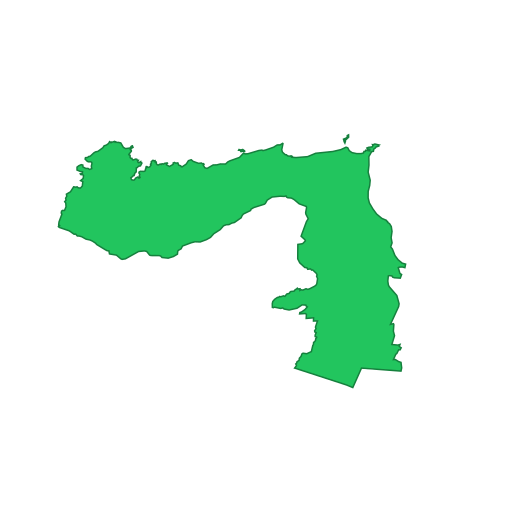 outline of Ninh Hai, Ninh Thuận, Vietnam, rotated 242°
{"feature_id": "81297802B76244887601508", "entity_name": "Ninh Hai", "entity_type": "district", "adm_level": 2, "iso_a3": "VNM", "parent_name": "Vietnam", "parent_adm1": "Ninh Thuận", "projection": "natural_earth1", "projection_center": [109.148, 11.675], "detail": "fine", "context": "isolated", "style": "filled", "palette": "green", "viewbox_px": 512, "rotation_deg": 242, "n_neighbors": 0, "source": "geoboundaries", "source_scale": "gbopen_adm2", "svg_char_len": 6159}
<svg xmlns="http://www.w3.org/2000/svg" viewBox="0 0 512 512"><g transform="rotate(242 256 256)"><path d="M94.4,279.7L107.5,296.5L86.3,330.0L88.8,332.1L94.0,334.1L95.9,332.3L99.2,330.4L100.0,328.7L103.6,333.3L103.8,334.6L106.2,337.9L105.5,339.2L106.8,341.1L108.9,340.0L110.3,341.6L110.7,339.5L114.1,334.4L120.6,340.9L125.1,342.0L130.7,345.5L131.7,345.6L132.5,342.6L144.4,358.2L146.6,359.9L155.0,361.8L166.4,359.2L168.3,359.3L172.0,360.6L176.3,363.5L176.1,364.4L174.7,366.6L173.0,366.8L171.8,368.0L168.7,373.0L171.3,375.9L173.0,374.9L178.9,376.1L178.9,377.3L177.6,380.0L175.8,382.0L178.6,384.3L181.1,381.7L186.0,379.7L191.2,378.9L198.1,379.7L200.8,379.2L203.7,382.3L208.7,383.9L213.8,387.6L218.5,389.3L221.8,389.1L223.9,388.0L224.7,388.4L225.7,387.7L226.4,387.8L230.1,384.8L236.4,382.2L242.7,381.3L249.6,381.0L254.7,382.3L260.4,385.4L264.9,389.5L269.3,392.4L277.4,394.4L283.2,398.4L290.8,402.3L293.8,407.0L293.3,408.8L295.1,410.2L295.3,412.1L295.9,413.1L295.4,416.0L296.3,416.2L296.3,416.7L298.8,413.9L299.3,413.0L299.0,412.1L299.6,411.2L298.8,411.2L297.8,409.8L299.1,406.5L299.3,404.6L298.1,404.6L296.7,406.6L295.4,405.8L297.9,402.5L297.1,401.7L297.6,400.4L296.5,399.2L297.1,396.8L299.2,392.9L302.2,389.3L305.2,387.8L308.5,387.8L309.8,386.6L310.1,380.8L312.2,372.9L318.7,356.9L319.5,348.2L324.1,337.6L326.4,333.9L327.3,333.7L327.3,334.5L327.9,334.1L328.5,332.3L329.6,330.9L331.1,330.4L331.7,329.4L335.2,328.1L337.7,328.6L342.6,332.6L343.0,332.4L342.8,329.4L344.1,326.9L343.8,322.6L345.1,314.2L345.8,311.6L346.7,311.0L347.8,308.1L350.1,296.8L351.2,294.4L352.7,293.4L350.8,287.7L352.3,277.5L352.3,275.2L351.5,272.3L354.0,267.7L354.9,264.1L356.5,260.9L356.3,253.9L358.0,252.2L361.0,252.1L361.4,253.2L362.2,253.0L362.8,251.8L363.7,251.5L364.8,248.8L369.1,244.9L371.4,244.0L371.9,241.1L369.9,237.5L369.4,232.6L369.9,231.9L371.0,231.9L372.5,230.4L374.9,230.7L375.7,228.7L376.9,227.9L377.0,226.5L375.8,225.9L375.7,221.6L378.6,219.7L379.2,220.1L379.5,221.4L379.9,221.3L380.8,218.6L380.5,217.6L381.6,216.3L381.3,215.2L382.2,214.6L382.2,212.4L383.0,211.6L384.1,211.3L385.8,212.1L386.3,211.1L387.6,211.7L388.0,210.5L388.9,210.0L388.5,207.8L387.0,207.1L386.6,205.9L385.6,206.0L384.5,203.9L384.9,202.3L386.2,201.7L386.5,201.1L386.1,200.5L385.4,200.8L384.6,199.1L383.6,198.6L383.2,197.8L383.3,196.8L385.1,193.6L385.0,192.1L384.2,191.6L382.6,191.7L381.7,190.7L379.7,190.4L379.7,189.2L381.2,188.9L381.3,188.2L381.3,186.3L380.3,184.4L380.5,183.3L381.8,181.9L383.8,182.2L384.1,184.5L384.7,185.5L384.3,186.2L386.0,187.9L386.5,189.7L390.0,191.7L389.8,192.6L390.4,194.4L389.8,196.3L391.5,198.8L392.3,198.9L392.8,198.0L393.5,198.4L393.4,196.3L394.1,195.8L395.0,196.0L395.7,197.1L396.4,196.1L397.4,196.2L398.1,195.2L398.5,192.5L399.2,192.1L400.5,192.3L401.2,191.2L402.1,191.1L404.0,192.1L404.7,191.4L405.4,191.4L407.0,195.1L408.0,195.6L409.0,194.9L409.6,195.7L409.6,198.4L411.3,198.6L411.5,197.6L410.5,195.4L412.1,191.2L414.2,189.9L419.3,189.7L420.9,187.9L421.6,186.5L422.8,185.7L422.6,185.0L423.6,184.9L424.1,182.0L424.6,181.7L424.2,181.1L425.7,180.4L424.6,178.7L424.2,176.0L424.6,173.6L423.5,171.7L422.6,165.6L423.3,163.1L423.2,161.3L421.9,156.4L422.4,155.1L422.1,153.4L422.9,151.6L421.8,150.6L418.7,151.5L417.7,152.4L416.8,154.3L415.7,154.9L414.6,154.5L412.7,152.8L410.3,152.0L410.5,149.7L412.2,148.8L413.3,146.8L415.9,145.0L417.6,145.8L418.7,144.6L418.9,142.1L418.5,139.7L415.9,138.3L413.0,140.7L411.9,142.4L410.5,141.5L411.0,139.4L410.2,139.5L408.9,141.3L408.0,141.5L405.6,139.8L404.9,136.5L403.0,138.0L399.2,135.4L398.4,132.8L399.7,131.0L401.1,130.5L401.3,129.3L402.7,127.5L399.8,122.3L399.6,117.6L397.6,117.0L396.4,115.0L394.5,114.5L393.8,112.6L392.1,112.9L388.7,111.4L386.1,108.3L387.1,106.5L386.9,105.4L385.4,104.2L384.1,104.3L378.6,98.1L376.3,96.5L375.1,96.8L375.3,95.9L374.7,95.3L373.5,95.8L365.9,102.9L360.6,105.6L360.0,107.1L357.6,107.6L356.6,109.3L354.8,111.2L350.7,113.8L348.1,116.9L345.9,118.6L342.6,120.4L341.0,120.7L332.1,126.0L330.6,127.0L329.6,128.5L326.6,127.6L322.3,133.2L317.0,135.3L315.9,136.2L314.8,139.4L315.1,154.4L312.9,159.8L311.4,161.6L306.7,162.5L305.7,163.5L301.8,170.7L300.8,171.8L298.8,172.3L295.3,177.5L294.3,182.8L294.5,187.5L296.9,189.1L297.4,190.0L297.5,193.2L299.3,195.8L298.1,205.0L297.2,208.8L294.6,213.3L293.7,219.9L293.8,224.6L295.5,229.2L296.1,236.8L297.9,241.5L297.6,244.3L296.4,246.9L296.4,250.1L295.7,252.7L296.7,260.8L298.2,262.7L299.0,264.6L298.7,272.5L299.7,273.7L299.8,276.9L297.8,287.7L298.0,288.9L300.1,292.2L300.5,297.9L297.4,305.5L295.4,308.8L294.9,310.7L293.8,310.6L292.6,311.3L290.5,314.5L287.8,316.2L281.8,318.6L276.1,323.7L274.9,323.3L271.0,320.2L269.6,319.7L264.4,319.6L262.7,316.7L252.3,305.1L247.5,306.8L246.2,306.7L245.1,303.4L245.2,302.3L246.6,298.4L233.9,291.5L229.4,291.4L222.9,293.7L221.8,295.4L220.0,295.4L219.0,298.1L217.5,298.4L217.1,299.5L212.4,301.1L210.6,301.1L209.7,300.0L207.2,299.8L202.9,296.6L202.0,295.1L201.8,293.2L201.9,287.9L202.2,286.1L203.6,284.8L203.9,281.4L204.9,280.1L205.0,278.6L206.4,279.5L207.1,277.7L208.2,277.4L207.8,276.2L207.9,274.9L207.1,273.0L208.3,270.2L208.3,269.4L207.4,267.9L208.0,265.3L206.8,262.5L207.9,261.6L208.4,258.7L209.2,257.8L208.9,256.4L209.4,255.5L209.0,252.1L208.0,249.5L206.3,248.0L202.9,246.3L202.2,247.1L202.2,248.2L198.1,253.2L197.6,255.2L196.0,255.9L192.8,259.9L190.6,267.7L191.2,273.8L189.2,277.0L188.3,276.8L187.0,277.4L185.7,274.1L185.2,269.8L185.5,268.2L184.4,267.3L182.0,272.6L180.8,273.1L177.3,271.0L174.4,277.8L171.6,276.2L169.8,279.8L165.3,275.1L163.7,274.9L162.4,272.6L161.2,272.3L160.1,273.2L158.4,271.1L157.1,270.4L156.0,271.5L155.5,271.3L154.9,269.8L153.6,269.0L152.8,267.5L152.7,266.3L150.8,265.1L150.4,264.2L145.6,260.0L145.9,254.9L148.1,251.9L148.0,250.6L146.2,248.6L145.4,246.3L143.6,245.0L143.4,242.6L142.3,241.6L142.0,240.4L140.6,240.5L140.0,239.9L138.9,237.5L99.6,275.4L94.4,279.7ZM317.5,388.7L317.3,388.1L315.7,387.5L314.0,387.5L315.6,389.1L316.7,389.5L316.6,390.6L317.4,393.6L319.5,394.6L319.5,393.1L318.4,392.6L317.8,391.3L318.1,388.1L317.6,388.0L317.5,388.7ZM356.7,292.4L358.0,291.0L357.5,290.3L356.8,291.6L355.2,291.7L354.7,293.5L353.7,295.1L354.2,295.3L356.3,294.3L356.7,292.4Z" fill="#22c55e" stroke="#15803d" stroke-width="1.5"/></g></svg>